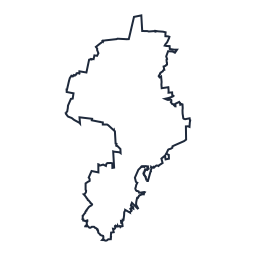 Salvatierra, Guanajuato, Mexico (Equal Earth projection)
{"feature_id": "50627088B1811794709205", "entity_name": "Salvatierra", "entity_type": "district", "adm_level": 2, "iso_a3": "MEX", "parent_name": "Mexico", "parent_adm1": "Guanajuato", "projection": "equal_earth", "projection_center": [-100.915, 20.193], "detail": "fine", "context": "isolated", "style": "outline", "palette": "slate", "viewbox_px": 256, "rotation_deg": 0, "n_neighbors": 0, "source": "geoboundaries", "source_scale": "gbopen_adm2", "svg_char_len": 5786}
<svg xmlns="http://www.w3.org/2000/svg" viewBox="0 0 256 256"><path d="M165.6,32.3L163.1,31.7L157.9,31.3L155.4,30.9L155.4,31.6L154.9,31.5L154.0,31.1L148.8,31.5L147.4,31.1L142.2,31.0L141.3,15.4L134.0,16.9L128.8,39.1L126.8,39.2L117.4,38.7L116.7,39.1L105.1,40.4L103.4,40.8L103.2,41.3L102.8,40.6L102.4,40.8L102.6,41.7L99.4,44.1L95.9,46.9L97.2,48.6L97.1,50.0L98.4,53.2L97.1,55.8L94.4,55.4L93.6,59.1L93.2,59.0L92.7,59.2L91.2,59.0L91.2,59.5L90.0,59.4L89.1,59.7L86.4,72.5L79.4,71.3L79.3,72.8L79.5,73.3L79.4,73.6L77.9,73.1L76.8,73.2L76.5,73.4L76.3,74.5L76.1,74.7L74.6,75.1L74.6,75.6L73.6,75.6L73.4,75.8L73.3,75.5L72.7,76.1L72.6,76.4L72.2,76.3L71.6,75.7L71.4,75.7L69.8,78.1L69.0,80.9L66.9,90.0L66.6,89.9L66.7,92.0L73.5,93.3L72.7,98.6L70.9,98.9L68.0,105.6L67.8,108.1L67.2,111.5L66.4,112.2L66.2,113.4L65.8,113.4L65.9,113.8L67.3,115.7L68.1,116.6L71.7,118.0L74.1,119.9L79.4,122.8L80.0,123.5L79.5,117.3L92.1,118.8L91.8,120.3L99.8,121.9L100.0,121.8L100.8,122.1L102.8,122.4L102.8,124.5L107.0,124.5L108.2,125.2L113.8,130.3L114.0,130.0L114.1,130.5L114.9,131.3L115.6,143.5L116.5,143.8L116.2,145.7L117.1,146.1L117.4,146.0L120.4,149.0L120.6,153.1L119.5,152.3L114.3,151.7L113.2,151.4L114.1,167.6L112.4,167.9L112.3,163.3L111.0,163.0L107.3,163.1L106.5,163.8L106.1,164.8L105.9,165.9L103.2,164.6L100.1,165.5L99.7,165.5L99.2,165.2L98.9,164.5L98.3,164.3L98.4,172.4L91.6,171.0L88.7,177.6L89.5,178.6L89.7,180.1L89.6,181.0L87.9,181.8L85.6,183.4L85.6,189.8L86.1,190.5L86.0,192.0L85.2,193.4L84.6,194.1L83.7,194.3L84.8,195.5L86.2,197.3L86.4,197.8L86.9,198.4L87.3,198.6L87.6,199.7L88.0,200.2L88.5,200.3L90.3,202.4L90.4,202.9L90.7,203.2L91.1,203.3L92.1,204.3L92.1,204.5L91.6,205.3L89.6,206.4L88.8,207.1L86.9,209.6L86.6,210.0L86.6,210.6L86.4,210.8L86.0,210.8L85.3,212.0L85.3,212.8L84.8,213.2L83.4,215.0L83.1,215.7L82.7,215.8L82.7,217.8L82.8,218.8L82.6,219.0L83.4,219.4L83.2,220.5L85.2,221.0L87.3,220.4L87.4,221.0L87.2,221.7L86.6,222.2L87.0,225.0L86.0,225.4L85.4,226.0L85.3,226.3L86.6,226.4L87.7,226.1L88.3,226.6L89.1,227.5L90.0,227.8L90.7,227.6L91.8,226.8L94.0,226.8L94.9,227.5L95.1,227.9L96.4,228.3L96.8,229.1L97.0,228.9L97.4,229.1L97.6,229.3L97.6,229.6L97.9,230.2L97.7,230.3L97.9,231.1L98.2,231.5L98.2,232.4L98.6,233.1L99.8,234.0L100.0,234.6L101.1,235.3L103.1,235.9L103.3,236.3L103.4,237.2L103.1,238.9L102.1,240.0L103.2,240.1L104.0,239.7L104.4,240.2L105.2,240.6L106.2,240.6L107.2,240.2L108.2,239.3L110.8,239.2L111.0,237.0L110.8,237.0L111.1,232.6L113.7,232.2L113.0,228.7L114.5,228.9L114.7,228.7L115.1,228.2L115.3,227.4L114.9,226.2L115.0,226.0L115.3,225.8L115.4,226.1L115.7,226.1L116.2,225.9L116.5,226.1L116.6,226.5L117.1,226.6L117.7,226.5L117.8,225.9L118.0,226.3L119.1,226.4L119.6,226.2L119.8,226.0L120.1,226.2L120.4,226.9L121.0,226.2L121.3,226.2L121.5,226.4L121.8,226.4L122.6,226.1L122.3,223.7L122.1,223.1L121.5,223.0L121.6,222.5L122.0,222.5L122.1,221.4L121.1,221.9L121.0,220.9L122.5,221.1L122.6,219.7L123.5,219.8L124.1,215.2L124.2,212.5L124.5,211.5L124.9,211.0L125.2,210.4L125.2,209.9L129.8,212.5L129.7,212.1L130.0,211.9L130.4,211.8L130.7,211.4L131.3,211.1L131.6,210.7L130.3,208.8L131.2,207.9L133.3,208.7L133.1,207.4L132.9,206.9L131.9,206.1L131.1,205.9L130.9,205.4L131.9,202.8L137.6,208.5L138.0,208.2L136.2,204.9L136.1,204.4L136.2,202.2L137.1,197.8L137.3,197.6L137.9,197.9L139.0,196.0L139.0,195.8L139.6,195.2L140.6,195.1L141.1,194.6L141.9,194.3L143.8,194.3L143.8,193.9L144.1,193.1L144.8,192.2L144.3,192.0L141.3,192.5L139.1,192.7L138.6,191.4L137.3,191.0L136.8,191.0L136.0,190.4L135.4,189.0L135.3,188.3L135.8,187.0L136.2,185.0L137.3,182.8L136.8,182.6L135.9,181.7L134.9,177.7L138.3,169.9L138.6,169.5L140.0,168.2L141.6,166.3L142.5,166.2L142.5,166.8L143.2,166.6L144.1,167.0L144.0,166.2L145.6,166.1L147.9,166.4L147.7,166.9L147.4,166.9L147.4,167.6L147.7,167.6L147.8,168.0L148.3,168.3L148.4,168.2L148.6,168.7L148.3,168.8L147.5,169.7L147.4,169.8L147.2,169.6L147.0,169.4L146.2,169.5L146.2,169.8L145.1,169.6L144.8,170.1L144.6,170.8L144.9,171.1L144.7,171.7L143.8,172.3L144.1,173.0L143.5,173.4L143.4,173.6L143.8,174.5L144.0,174.5L144.1,175.1L144.3,175.1L144.4,175.5L144.4,175.8L144.0,176.0L145.0,175.8L145.3,176.8L145.3,176.7L145.6,177.5L145.8,177.4L145.9,178.5L146.2,179.4L146.4,179.3L147.1,179.7L147.6,180.8L147.3,180.9L147.3,181.0L147.9,181.0L150.4,172.0L150.9,171.5L150.7,171.1L151.5,168.1L151.0,167.4L151.1,166.9L151.2,167.0L151.2,167.5L151.6,167.9L153.0,167.5L152.8,167.3L153.1,167.1L153.4,167.4L153.7,167.0L154.1,167.5L154.9,166.7L156.3,165.6L156.6,165.5L157.9,165.7L158.5,166.0L159.0,165.3L162.6,163.0L161.4,158.6L165.1,155.5L165.3,158.0L165.6,159.4L168.9,158.7L168.8,154.9L166.1,153.8L166.6,153.0L168.1,149.8L168.5,149.4L170.8,148.7L172.3,147.8L172.5,146.3L174.6,145.3L184.1,141.1L186.1,139.6L185.9,126.4L188.0,126.3L189.5,126.9L189.8,122.5L190.2,120.3L189.9,120.1L189.6,118.3L185.1,119.2L183.6,118.7L183.3,118.3L182.6,113.6L182.5,110.4L182.7,108.1L182.5,104.4L181.7,104.1L181.7,104.3L180.3,104.8L180.0,102.9L179.6,102.8L179.4,102.2L179.2,101.9L175.3,103.8L175.5,106.3L175.1,106.3L174.9,106.0L173.8,105.1L173.7,104.5L173.0,104.1L172.2,104.0L170.8,102.1L171.4,101.1L171.3,100.0L171.1,99.8L170.2,99.4L169.7,99.5L169.2,99.9L167.6,99.9L165.0,98.8L168.5,98.0L172.6,96.6L173.5,95.9L173.3,95.7L172.3,95.8L172.1,92.4L168.5,92.7L168.6,90.7L168.4,87.7L167.6,87.5L167.7,87.3L161.7,88.2L161.4,84.6L161.6,82.0L161.1,76.5L159.6,77.4L158.7,76.1L159.6,74.6L160.0,74.2L160.0,73.7L160.3,73.6L160.5,73.1L160.5,72.7L162.8,71.3L162.9,70.8L163.7,69.9L164.3,69.8L163.6,66.5L165.6,65.8L165.8,65.3L167.0,64.6L167.0,62.8L166.8,62.6L166.5,59.8L167.1,59.1L166.2,56.4L168.1,51.2L172.4,51.5L172.8,51.7L174.4,52.1L174.6,52.8L174.5,53.4L177.0,49.7L174.3,49.7L169.8,49.0L169.6,46.1L166.4,46.0L164.7,45.6L165.6,44.0L166.7,42.8L167.3,41.9L169.1,38.0L169.4,36.8L168.2,36.4L165.4,36.2L165.4,34.2L165.6,32.3Z" fill="none" stroke="#1e293b" stroke-width="2"/></svg>